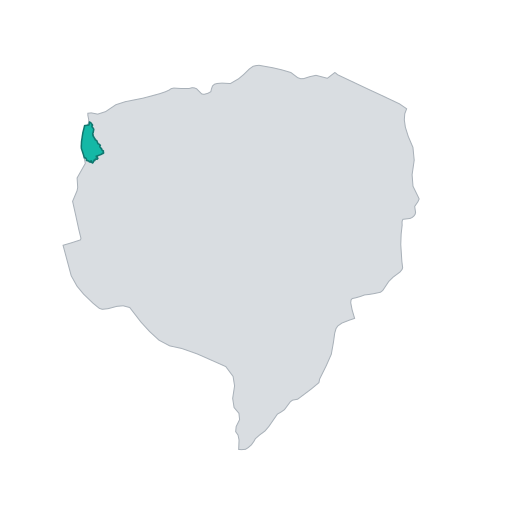 Rushinga, Mashonaland Central, Zimbabwe shown in context, rotated 255°
{"feature_id": "62879985B22521901004108", "entity_name": "Rushinga", "entity_type": "district", "adm_level": 2, "iso_a3": "ZWE", "parent_name": "Zimbabwe", "parent_adm1": "Mashonaland Central", "projection": "robinson", "projection_center": [32.185, -16.62], "detail": "fine", "context": "in_parent", "style": "filled", "palette": "teal", "viewbox_px": 512, "rotation_deg": 255, "n_neighbors": 0, "source": "geoboundaries", "source_scale": "gbopen_adm2", "svg_char_len": 5528}
<svg xmlns="http://www.w3.org/2000/svg" viewBox="0 0 512 512"><g transform="rotate(255 256 256)"><path d="M359.2,439.6L354.9,436.5L349.1,434.5L341.7,433.6L332.1,434.0L320.3,435.7L307.6,433.6L294.1,427.8L282.8,425.7L269.4,428.3L268.8,428.3L266.5,426.4L262.8,422.1L256.7,421.4L255.0,420.4L253.7,418.8L252.8,416.8L252.4,414.5L253.4,407.5L252.8,406.8L251.2,405.9L247.8,405.1L239.7,401.9L229.6,398.8L213.1,395.5L206.7,394.6L205.2,393.6L203.3,391.0L200.1,383.0L197.1,377.7L189.9,369.5L188.8,366.9L189.1,360.5L189.6,355.2L190.3,350.8L189.9,346.6L189.8,341.4L190.0,338.0L189.0,336.5L186.4,335.4L179.1,334.9L170.2,335.1L169.9,329.9L169.0,321.7L167.3,317.0L165.3,314.6L161.2,312.1L152.9,308.6L141.6,303.3L131.9,295.5L120.8,285.7L117.4,284.0L113.2,274.9L106.9,259.2L107.3,254.0L106.3,251.4L100.2,243.7L98.8,239.8L97.7,235.7L88.1,224.4L84.7,219.5L82.2,213.2L79.7,208.1L77.6,206.1L74.8,202.7L72.9,198.8L72.0,195.8L72.7,191.9L73.6,189.2L82.7,192.0L87.7,192.3L91.6,190.9L96.4,192.7L102.2,197.8L108.5,198.8L115.3,195.6L124.5,196.6L136.1,201.7L145.6,202.7L157.0,198.2L167.1,185.7L176.6,173.9L185.9,160.3L191.5,149.4L199.8,140.5L210.7,133.6L221.9,127.8L238.9,120.7L242.3,114.8L243.4,108.4L243.4,99.5L244.3,93.7L246.0,91.1L248.9,89.0L252.5,86.4L263.8,79.6L273.2,75.3L284.7,72.4L297.3,72.4L309.4,72.4L316.3,72.4L316.5,80.9L317.0,90.6L318.4,91.5L327.5,91.7L342.1,92.4L356.3,93.0L365.3,100.0L368.3,101.5L377.7,103.4L389.6,115.1L404.0,116.1L413.9,119.8L422.6,123.8L427.7,128.6L430.9,129.7L435.3,130.0L437.4,130.5L436.9,133.9L434.0,139.8L434.4,148.1L438.4,159.8L438.9,169.9L437.7,187.7L437.7,204.9L438.1,211.1L438.8,215.2L439.6,217.4L439.5,220.0L437.1,227.2L435.1,234.8L435.1,237.9L434.3,240.0L432.9,241.9L426.6,245.5L425.6,247.6L425.6,251.6L426.4,254.9L428.7,256.1L431.5,258.0L432.7,260.4L432.7,263.1L431.8,267.9L429.2,275.9L431.7,285.1L434.5,291.1L438.4,298.0L440.0,302.3L439.9,305.3L439.4,308.3L433.5,320.9L429.3,328.8L424.2,337.2L417.5,342.4L415.7,345.0L415.0,347.9L415.3,354.2L415.0,360.7L409.2,370.9L412.8,379.6L412.0,380.4L410.0,381.7L401.7,391.5L393.3,401.4L387.2,408.6L380.3,416.9L372.5,426.1L365.8,434.0L359.2,439.6Z" fill="#d9dde1" stroke="#a8b0b8" stroke-width="1"/><path d="M394.9,135.4L395.0,135.5L395.5,135.5L395.9,135.4L396.0,135.4L396.3,135.5L396.5,135.6L396.8,135.8L397.0,135.7L397.3,135.6L397.4,135.3L397.4,135.2L397.7,134.9L398.0,134.8L398.2,134.7L398.4,134.6L398.7,134.6L398.8,134.7L399.0,134.7L399.3,134.6L399.6,134.6L399.8,134.6L400.0,134.4L400.0,134.2L400.3,134.0L400.6,134.0L400.8,134.0L401.0,133.9L401.2,133.7L401.3,133.7L401.5,133.6L401.8,133.5L402.0,133.4L402.3,133.5L402.6,133.7L403.0,133.9L403.1,134.1L403.2,134.3L403.3,134.3L403.4,134.2L403.5,134.1L403.6,133.8L404.2,133.7L404.4,133.6L404.5,133.5L404.6,133.4L404.7,133.2L404.8,133.1L405.1,132.8L405.2,132.7L405.3,132.6L405.4,132.4L405.6,132.4L406.0,132.4L406.3,132.3L406.6,132.3L406.8,132.3L407.1,132.2L407.4,132.1L407.6,132.1L407.8,132.2L408.0,132.2L408.3,132.1L408.5,132.1L408.9,131.8L409.0,131.7L409.2,131.4L409.4,131.3L409.5,131.3L409.6,131.2L409.8,131.0L410.0,130.7L410.4,130.7L410.6,130.7L411.0,130.8L411.1,130.7L411.3,130.5L411.6,130.5L411.8,130.5L412.0,130.4L412.3,130.2L412.7,130.1L412.8,130.0L413.1,130.0L413.3,130.1L413.5,130.0L413.8,129.9L414.0,129.8L414.1,129.7L414.3,129.6L414.5,129.6L414.7,129.9L414.8,129.9L415.0,129.9L415.2,129.7L415.3,129.7L415.5,129.9L415.5,130.0L415.8,130.0L416.0,130.0L416.1,129.9L416.3,129.9L416.7,130.0L417.0,130.2L417.2,130.5L417.3,130.6L417.5,130.8L417.8,130.9L418.1,131.0L418.3,131.0L418.5,131.1L418.6,131.3L419.1,131.4L419.2,131.5L419.4,131.7L419.8,131.9L420.1,132.0L420.6,132.1L420.8,132.0L420.9,131.9L421.3,131.8L421.9,131.7L422.0,131.6L422.4,131.5L422.5,131.4L422.8,131.2L422.7,131.2L423.0,131.1L423.3,131.0L423.6,131.0L423.8,131.2L423.8,131.3L424.7,132.0L424.8,132.0L425.3,131.9L425.5,131.8L426.0,131.5L426.0,131.4L426.6,131.3L426.8,131.3L427.1,131.1L427.8,130.6L428.0,130.5L428.0,130.3L428.2,130.1L428.3,130.0L428.4,129.9L428.1,129.7L426.0,128.7L425.8,128.4L426.3,124.2L423.0,122.4L419.8,120.6L419.5,120.5L416.4,119.1L415.8,118.9L415.7,118.8L415.0,118.6L414.5,118.3L413.6,117.9L411.7,117.1L411.1,116.9L408.9,116.2L407.5,115.8L407.5,115.7L407.1,115.6L406.6,115.5L405.4,115.2L405.0,115.2L404.6,115.2L402.7,115.3L401.6,115.4L400.5,115.4L400.4,115.4L400.0,115.5L395.3,115.6L395.2,116.1L395.1,116.4L395.0,116.5L394.9,116.6L394.8,116.8L394.7,116.8L394.4,116.9L394.2,116.9L394.0,117.0L393.9,117.1L393.7,117.2L393.4,117.2L393.2,117.3L392.8,117.3L392.5,117.3L392.3,117.3L392.2,117.1L391.9,117.3L391.8,117.5L391.8,117.8L391.7,117.9L391.5,118.1L391.4,118.3L391.4,118.5L391.3,118.8L391.2,118.9L391.1,119.0L390.9,119.0L390.7,119.1L390.3,119.3L390.2,119.3L390.0,119.5L389.9,119.8L389.9,120.1L389.5,120.3L389.5,120.5L389.7,120.8L389.9,121.0L390.0,121.0L390.5,121.1L390.5,121.3L390.3,121.3L390.2,121.3L390.2,121.5L389.9,121.5L389.8,121.4L389.7,121.4L389.3,121.4L389.1,121.4L389.0,121.5L388.9,121.5L388.8,121.8L388.7,122.0L388.4,122.0L388.2,122.1L388.4,122.8L389.2,123.3L389.7,123.8L389.8,123.9L389.8,124.1L390.1,124.3L389.9,124.4L389.9,124.6L389.9,124.9L390.0,125.1L390.6,125.2L390.8,125.5L391.2,125.9L391.2,126.1L390.8,126.8L390.8,127.1L390.8,127.4L390.6,127.6L390.9,128.1L391.0,128.2L391.4,128.2L391.5,128.5L392.1,128.2L392.5,127.9L393.0,127.5L393.2,128.3L393.8,128.0L394.1,132.0L394.2,132.3L394.2,132.5L394.2,132.8L394.2,133.0L394.3,133.3L394.5,133.6L394.6,133.8L394.6,134.0L394.8,134.0L394.9,134.3L394.9,134.5L394.9,134.8L394.8,135.0L394.7,135.0L394.8,135.3L394.9,135.4Z" fill="#14b8a6" stroke="#0f766e" stroke-width="1.5"/></g></svg>